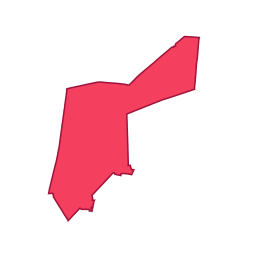 Nezahualcóyotl, México, Mexico, rotated 72°
{"feature_id": "50627088B38047784170675", "entity_name": "Nezahualcóyotl", "entity_type": "district", "adm_level": 2, "iso_a3": "MEX", "parent_name": "Mexico", "parent_adm1": "México", "projection": "orthographic", "projection_center": [-99.019, 19.432], "detail": "fine", "context": "isolated", "style": "filled", "palette": "rose", "viewbox_px": 256, "rotation_deg": 72, "n_neighbors": 0, "source": "geoboundaries", "source_scale": "gbopen_adm2", "svg_char_len": 4321}
<svg xmlns="http://www.w3.org/2000/svg" viewBox="0 0 256 256"><g transform="rotate(72 128 128)"><path d="M81.7,102.4L81.8,102.5L83.2,105.4L84.4,107.6L85.7,110.2L86.5,111.6L86.8,112.6L87.7,113.7L85.3,117.7L85.0,118.4L82.1,124.8L79.7,130.8L79.3,131.7L77.4,136.2L75.8,139.9L75.0,143.0L74.9,143.2L74.5,147.1L74.2,149.7L73.8,153.6L73.1,160.8L72.3,168.7L71.8,174.0L75.3,175.5L76.1,175.9L77.5,176.5L78.9,177.2L82.2,178.8L84.5,179.9L85.9,180.6L87.9,181.5L90.4,182.7L92.3,183.7L94.3,184.6L96.3,185.6L98.0,186.4L101.3,188.0L103.9,189.3L105.4,190.1L109.1,191.8L110.9,192.7L113.0,193.7L116.3,195.3L118.3,196.2L120.0,197.1L123.3,198.6L124.4,199.2L126.1,200.1L127.7,201.0L128.7,201.6L130.4,202.5L131.9,203.3L134.0,204.5L137.2,206.3L138.2,206.9L138.4,207.0L140.1,208.2L142.2,209.5L145.3,211.4L148.0,213.1L151.0,214.9L153.5,216.5L156.5,218.3L158.9,219.8L162.1,221.8L162.8,222.1L163.0,222.2L163.6,222.5L164.7,223.2L165.3,223.5L165.8,223.8L166.4,221.6L166.5,221.1L166.7,220.4L166.9,219.7L167.4,219.7L168.4,219.8L168.5,219.9L169.1,219.9L169.6,220.0L170.2,220.1L170.6,220.2L171.3,220.0L172.4,219.8L172.6,219.7L172.8,219.6L173.3,219.5L173.8,219.4L174.0,219.3L174.3,219.3L174.8,219.2L175.3,219.0L175.5,219.0L176.1,218.8L176.8,218.7L177.5,218.5L177.7,218.4L179.2,218.1L179.6,218.0L180.2,217.8L180.5,217.7L181.0,217.6L181.3,217.6L181.7,217.5L182.4,217.3L183.7,216.9L183.8,216.9L184.0,216.9L184.5,216.7L185.2,216.6L185.3,216.6L185.6,216.5L185.9,216.4L186.2,216.3L186.9,216.1L187.0,216.1L187.3,216.1L187.5,216.0L188.0,215.9L188.3,215.8L188.8,215.7L189.2,215.6L189.7,215.5L190.0,215.4L190.8,215.2L191.1,215.1L191.5,215.1L192.0,214.9L192.8,214.7L193.5,214.5L194.4,214.3L194.5,214.3L195.7,214.0L196.0,213.9L196.8,213.7L197.0,213.7L197.4,213.6L197.6,213.6L197.2,212.9L197.1,212.6L196.4,211.3L195.0,208.8L194.7,208.3L194.2,207.4L193.5,206.1L192.9,204.9L192.4,204.0L192.1,203.4L189.3,198.4L189.9,198.1L190.3,197.9L190.9,197.5L193.0,191.4L193.3,190.7L193.5,190.2L193.7,189.7L194.9,190.4L195.2,189.9L195.2,189.6L196.1,188.0L193.6,186.6L193.0,187.6L192.2,187.3L192.0,187.2L192.2,186.9L192.5,185.9L191.4,185.4L189.6,184.4L188.6,183.8L187.6,183.2L186.9,182.8L186.3,182.2L185.6,184.3L185.0,183.9L184.4,183.5L183.9,183.4L183.6,183.3L183.2,183.3L181.9,183.1L181.5,183.1L181.0,183.0L180.8,183.0L180.1,181.7L179.8,181.2L179.5,180.5L177.9,177.7L176.3,174.7L175.2,172.8L175.1,172.5L174.1,170.7L173.5,169.5L172.4,167.6L171.9,166.7L170.9,164.9L170.3,163.8L169.8,162.8L169.4,162.2L168.7,161.0L168.3,160.2L168.0,159.6L167.9,159.4L167.7,159.1L167.5,158.7L167.3,158.4L166.8,157.5L166.6,157.2L166.4,156.7L166.3,156.2L166.3,155.7L166.4,155.4L166.4,155.2L166.5,154.9L166.5,154.7L167.4,154.9L167.9,154.8L168.1,154.5L169.1,152.8L169.4,152.3L169.6,151.9L170.0,151.2L170.2,150.9L170.4,150.4L170.7,150.1L171.0,149.5L169.3,148.9L169.6,147.5L169.9,146.3L170.2,145.6L170.5,144.9L170.8,144.2L171.0,143.7L171.6,142.4L172.0,141.7L172.3,141.1L173.0,139.8L173.1,139.6L173.5,139.0L172.0,137.6L169.9,135.7L169.5,135.3L169.3,135.6L169.1,136.1L169.0,136.4L168.6,137.2L168.4,137.6L166.2,137.5L164.7,137.4L164.1,137.4L164.0,138.1L163.8,139.4L163.3,139.4L163.2,139.1L160.5,138.3L157.7,137.5L156.4,137.1L153.6,136.3L150.7,135.4L147.8,134.6L145.2,133.8L143.9,133.4L141.3,132.7L138.8,131.9L136.2,131.2L133.6,130.4L131.1,129.7L129.8,129.3L127.2,128.6L125.9,128.2L123.3,127.4L120.8,126.7L116.9,125.6L114.3,124.8L114.0,119.5L113.6,114.2L113.1,106.3L112.5,97.1L111.9,87.8L111.9,78.5L111.9,69.3L111.7,52.9L111.8,52.7L110.8,52.6L110.3,52.3L109.5,52.0L107.8,51.2L107.0,50.9L104.4,49.7L101.6,48.6L100.7,48.1L99.8,47.8L98.4,47.2L97.1,46.7L96.2,46.3L96.0,46.2L95.4,46.0L95.1,45.8L94.4,45.6L92.2,44.7L90.8,44.1L89.0,43.4L88.3,43.1L87.8,42.8L86.6,42.3L85.9,42.0L85.3,41.7L84.0,41.0L83.0,40.6L81.8,40.0L81.3,39.8L80.7,39.6L80.0,39.3L79.0,38.8L78.0,38.4L76.8,38.0L76.0,37.6L75.6,37.5L75.1,37.2L74.5,37.0L73.7,36.7L72.5,36.2L71.3,35.6L70.6,35.4L68.9,34.6L68.2,34.3L67.9,34.2L67.4,34.0L67.0,33.8L66.5,33.6L65.9,33.4L64.0,32.2L62.3,36.3L61.2,39.0L59.8,42.5L59.1,44.3L58.4,46.2L58.6,46.4L60.1,50.3L60.9,52.1L62.7,56.7L62.9,56.9L63.1,57.1L64.8,57.5L64.4,59.4L65.2,59.6L64.7,61.3L65.9,64.2L66.8,66.3L67.3,67.6L68.1,69.6L68.7,71.1L70.0,74.3L72.1,79.3L73.1,81.5L74.0,83.5L75.7,87.9L77.3,91.7L78.0,93.5L79.4,97.0L80.5,99.7L81.4,101.8L81.7,102.3L81.7,102.4Z" fill="#f43f5e" stroke="#9f1239" stroke-width="1.5"/></g></svg>